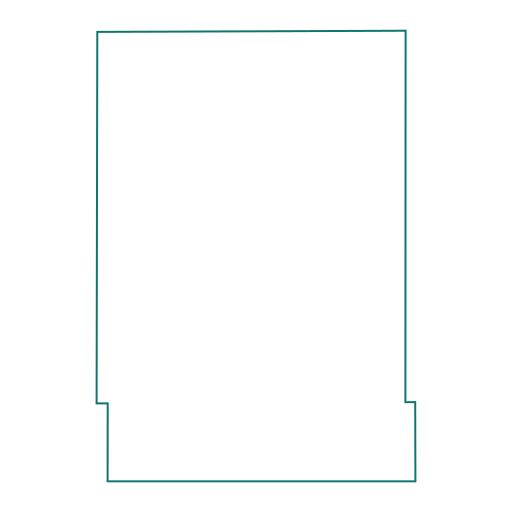 Kearny, Kansas, United States of America (Robinson projection)
{"feature_id": "52423323B71286505277012", "entity_name": "Kearny", "entity_type": "district", "adm_level": 2, "iso_a3": "USA", "parent_name": "United States of America", "parent_adm1": "Kansas", "projection": "robinson", "projection_center": [-101.274, 38.0], "detail": "fine", "context": "isolated", "style": "outline", "palette": "teal", "viewbox_px": 512, "rotation_deg": 0, "n_neighbors": 0, "source": "geoboundaries", "source_scale": "gbopen_adm2", "svg_char_len": 242}
<svg xmlns="http://www.w3.org/2000/svg" viewBox="0 0 512 512"><path d="M415.4,481.3L415.2,402.1L405.4,402.2L405.6,30.7L390.0,30.8L97.3,31.9L96.6,403.4L107.7,403.4L107.6,481.3L415.4,481.3Z" fill="none" stroke="#0f766e" stroke-width="2"/></svg>